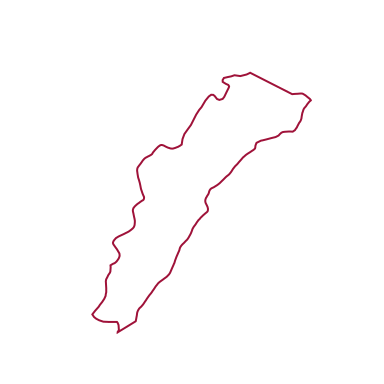 Morne Vert, Laborie, Saint Lucia (Mercator projection), rotated 238°
{"feature_id": "8701671B8981340817709", "entity_name": "Morne Vert", "entity_type": "district", "adm_level": 2, "iso_a3": "LCA", "parent_name": "Saint Lucia", "parent_adm1": "Laborie", "projection": "mercator", "projection_center": [-60.976, 13.779], "detail": "fine", "context": "isolated", "style": "outline", "palette": "rose", "viewbox_px": 384, "rotation_deg": 238, "n_neighbors": 0, "source": "geoboundaries", "source_scale": "gbopen_adm2", "svg_char_len": 5668}
<svg xmlns="http://www.w3.org/2000/svg" viewBox="0 0 384 384"><g transform="rotate(238 192 192)"><path d="M262.3,304.5L262.3,304.1L262.7,300.6L264.7,294.4L268.5,289.9L269.3,286.5L270.5,283.3L271.8,279.5L270.7,277.3L269.1,276.4L265.8,278.0L263.6,279.5L262.0,279.5L261.1,278.6L258.7,274.7L255.6,269.8L254.7,267.3L255.6,264.0L257.6,262.5L261.4,262.1L263.1,261.5L264.3,259.8L264.1,256.8L262.3,251.5L262.1,251.2L258.9,245.0L257.8,241.6L255.4,236.5L255.2,236.2L249.4,226.6L247.4,221.6L245.2,216.3L241.9,212.0L238.3,208.9L237.7,208.4L237.7,208.0L237.6,206.2L237.6,205.8L237.7,204.7L237.7,204.0L237.9,203.2L238.0,202.7L238.2,201.6L238.3,201.0L238.6,200.0L238.9,198.9L239.3,198.2L240.0,197.2L240.7,196.5L241.5,195.9L241.8,195.6L242.1,195.3L242.7,194.9L243.4,194.4L243.6,194.3L243.9,194.1L244.7,193.6L245.1,193.4L245.4,193.2L246.5,192.6L246.7,192.4L247.7,191.5L248.2,190.8L248.5,189.6L248.4,189.3L248.4,189.1L248.4,188.3L248.3,187.3L248.0,186.0L247.4,183.6L247.1,182.5L247.0,182.2L246.8,181.7L246.6,181.1L246.2,179.8L245.6,178.8L245.3,178.1L245.2,176.7L245.3,174.8L245.5,173.0L245.5,172.3L245.5,172.0L245.6,171.7L245.6,171.2L245.6,170.6L245.6,170.2L245.5,169.6L245.4,168.9L245.2,168.4L244.8,166.9L244.3,165.9L243.9,164.9L243.3,163.5L242.8,162.1L242.4,161.0L242.3,160.8L241.9,159.8L241.6,159.0L241.2,158.5L240.9,158.1L240.2,157.5L239.1,156.7L237.7,156.1L236.2,155.4L234.5,154.7L232.8,154.0L230.0,153.3L227.3,152.5L225.1,151.7L222.0,150.5L220.6,150.1L220.0,150.0L217.6,149.4L217.1,149.3L216.7,149.2L214.8,148.9L214.1,148.8L213.7,148.8L212.8,148.5L212.3,148.1L211.8,147.7L211.3,147.1L211.2,146.9L211.1,146.6L211.0,145.9L211.1,144.9L211.1,144.7L211.0,143.1L211.0,142.7L210.9,141.9L210.8,140.6L210.8,139.5L210.5,137.8L210.4,137.1L210.0,135.4L209.6,134.5L209.5,134.0L209.2,133.6L208.9,133.2L208.4,132.6L207.6,132.0L207.0,131.7L206.5,131.5L205.0,131.0L203.2,130.3L201.0,129.5L199.8,129.1L197.7,128.2L197.0,127.7L196.5,127.4L195.3,126.5L194.4,125.8L193.8,125.1L193.2,124.3L193.1,124.1L192.8,123.4L192.5,122.4L192.3,121.0L192.2,120.2L192.1,119.1L192.1,118.9L192.0,117.5L192.1,115.9L192.3,114.1L192.4,112.7L192.5,111.7L192.9,108.5L193.1,107.0L193.2,105.8L193.2,104.7L193.2,103.3L193.2,102.9L193.1,102.7L192.7,101.4L192.5,100.7L192.0,99.5L191.2,98.4L190.6,97.9L190.1,97.8L189.3,97.6L187.7,97.7L185.7,97.8L183.2,98.0L179.6,97.9L178.8,97.9L177.9,97.7L177.2,97.3L176.7,97.1L175.8,96.4L175.5,96.0L175.1,95.5L174.6,94.8L174.4,94.5L174.2,94.0L173.9,93.3L173.7,92.9L173.4,92.1L173.0,91.1L173.0,90.9L172.9,90.4L172.7,89.3L172.7,88.9L172.7,88.4L172.8,87.8L172.9,87.6L173.0,86.4L173.0,85.8L173.0,85.3L173.0,84.3L173.0,84.0L172.2,83.6L171.4,83.2L167.9,80.7L167.7,80.4L167.2,79.9L167.0,79.5L165.8,76.8L165.6,76.5L164.8,75.3L163.4,72.9L162.7,72.3L162.1,71.7L155.7,68.2L154.3,67.3L152.5,66.2L151.7,65.4L151.1,64.8L149.6,63.6L149.3,63.1L147.9,61.0L146.3,57.5L145.1,54.1L144.1,52.0L142.6,46.9L141.1,42.8L141.0,42.6L137.9,42.7L135.3,43.6L132.4,45.3L129.0,48.1L126.1,52.3L121.6,59.5L120.3,59.6L118.1,59.2L113.6,56.8L112.7,54.8L112.4,54.6L112.2,75.5L112.3,75.9L113.5,77.0L114.7,78.1L115.5,78.8L116.3,79.6L116.6,79.8L117.4,80.5L117.8,80.8L118.5,81.4L118.9,81.8L119.4,82.4L119.9,83.1L120.3,83.7L120.6,84.4L121.1,85.3L121.4,86.4L121.5,87.1L121.7,88.2L121.9,88.8L122.1,89.5L122.4,90.4L122.6,91.1L123.0,91.9L123.2,92.4L123.6,93.3L124.1,94.3L124.4,95.2L125.3,97.0L126.2,99.1L127.1,101.3L127.8,103.5L128.4,105.0L128.9,106.0L129.3,107.0L129.8,108.2L130.4,109.5L131.2,111.2L131.7,112.7L132.1,113.8L132.5,114.8L132.7,115.9L132.9,117.0L132.9,117.7L133.0,118.5L133.1,120.4L133.3,122.6L133.4,124.3L133.5,125.5L133.7,126.5L133.9,127.1L134.1,128.1L134.4,129.1L134.7,129.7L135.1,130.6L135.8,131.6L138.0,134.8L139.9,137.6L140.7,138.7L141.1,139.4L141.8,140.2L142.9,141.4L143.8,142.6L144.5,143.5L145.2,144.4L146.1,145.7L146.7,146.6L147.7,148.0L148.6,149.4L149.4,150.5L150.4,151.5L151.0,152.2L151.5,153.0L151.9,153.9L152.1,154.3L152.4,155.2L152.6,155.9L152.8,156.7L153.0,157.9L153.8,160.9L154.1,162.4L154.5,163.5L155.0,164.6L155.6,165.8L156.1,166.6L156.6,167.6L157.2,168.6L157.9,169.7L158.6,170.6L159.4,171.7L159.9,172.2L160.6,173.2L160.9,173.8L161.5,174.9L161.9,175.9L162.3,177.0L162.8,178.2L163.6,179.8L163.9,180.5L164.4,181.8L164.8,182.7L164.9,183.5L165.2,184.7L165.6,185.6L166.0,187.6L166.3,188.8L166.5,190.1L166.7,191.3L166.9,192.6L167.0,193.7L167.3,194.9L168.0,195.7L168.6,196.2L168.8,196.3L169.4,196.7L171.2,197.3L173.8,197.6L175.1,197.7L176.0,197.9L177.0,198.3L177.5,198.6L178.2,199.1L179.0,200.0L179.6,200.8L180.0,201.7L180.6,202.7L181.0,203.6L181.4,204.5L182.1,205.5L182.4,205.9L182.8,206.3L183.4,206.9L184.2,208.1L184.6,209.1L184.8,210.3L184.7,211.4L184.5,212.8L184.5,214.8L184.5,216.9L184.6,218.2L184.8,220.0L185.0,221.0L185.4,222.7L185.9,225.1L186.6,228.0L186.9,229.5L187.1,231.6L187.3,232.9L188.1,235.3L188.7,236.7L189.8,238.9L191.0,242.2L191.6,245.0L192.1,246.6L192.5,247.7L193.0,249.5L193.4,250.8L194.0,252.7L194.3,253.6L194.5,255.3L194.7,256.2L194.9,257.6L195.0,259.5L195.0,260.8L195.0,262.8L195.1,264.1L195.1,266.2L195.3,267.6L195.5,268.5L196.5,269.5L197.4,270.1L198.2,271.0L198.9,271.9L199.1,272.3L199.5,272.8L199.0,277.7L198.4,279.2L197.2,282.9L195.7,287.8L194.3,292.0L194.0,295.3L194.6,297.4L194.9,299.3L194.7,300.8L194.0,302.4L191.8,306.5L189.8,309.4L189.9,312.1L190.8,314.0L191.1,315.0L191.8,316.0L193.9,319.6L194.4,321.0L195.1,322.2L196.3,323.7L198.1,325.2L200.6,327.5L201.1,328.2L202.9,330.3L203.6,331.6L204.3,334.0L205.4,336.4L206.4,339.3L206.7,341.2L206.8,341.4L207.8,341.3L208.4,341.3L209.8,340.8L211.8,340.1L213.7,339.5L215.1,338.8L216.3,338.2L217.0,337.7L217.6,336.9L218.5,335.3L219.4,333.5L220.3,331.9L221.0,330.6L221.9,328.8L262.3,304.5Z" fill="none" stroke="#9f1239" stroke-width="2"/></g></svg>